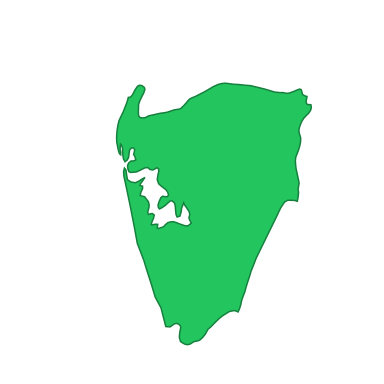 outline of Ndougou, Ogooué-Maritime, Gabon, rotated 26°
{"feature_id": "22940354B74005862204828", "entity_name": "Ndougou", "entity_type": "district", "adm_level": 2, "iso_a3": "GAB", "parent_name": "Gabon", "parent_adm1": "Ogooué-Maritime", "projection": "equal_earth", "projection_center": [10.09, -2.451], "detail": "fine", "context": "isolated", "style": "filled", "palette": "green", "viewbox_px": 384, "rotation_deg": 26, "n_neighbors": 0, "source": "geoboundaries", "source_scale": "gbopen_adm2", "svg_char_len": 3679}
<svg xmlns="http://www.w3.org/2000/svg" viewBox="0 0 384 384"><g transform="rotate(26 192 192)"><path d="M286.0,279.6L285.9,276.2L285.3,272.0L284.3,268.3L283.7,264.1L283.3,258.9L282.3,253.8L281.5,248.5L280.7,242.5L279.8,237.3L279.3,230.1L278.7,223.1L278.7,213.0L278.8,180.5L278.8,175.6L278.7,172.7L278.7,167.4L279.2,163.3L279.7,160.3L281.7,157.4L284.1,156.3L287.9,154.6L290.0,154.3L290.7,154.1L289.9,151.1L289.1,148.6L287.9,145.6L286.3,143.3L285.4,140.6L284.4,137.1L281.9,133.8L275.1,125.1L272.9,121.6L271.1,118.4L270.0,115.1L269.6,110.4L269.3,107.2L268.6,103.1L267.7,99.7L266.3,96.3L265.0,94.6L263.2,92.8L261.2,90.1L260.3,87.3L259.9,83.8L259.7,80.6L260.1,76.7L261.2,73.1L262.2,70.5L262.8,66.7L262.3,63.9L260.7,61.5L259.1,62.0L257.7,62.7L256.4,62.5L254.9,60.8L253.5,55.7L251.8,56.1L248.6,55.9L247.1,54.1L245.3,52.1L243.6,52.3L241.5,54.5L239.2,57.2L238.4,58.0L236.2,60.3L233.7,61.9L230.3,62.7L227.7,64.0L222.7,65.9L212.2,67.6L198.1,70.7L193.3,72.6L186.9,74.9L182.5,76.8L174.2,79.6L171.0,81.6L168.3,83.9L165.0,87.9L159.7,95.9L153.2,104.6L150.3,107.8L148.8,110.1L147.8,114.2L146.9,117.5L145.5,121.4L144.3,123.0L140.1,125.9L134.8,131.1L131.5,133.5L129.3,134.9L127.0,136.7L124.9,138.4L122.0,140.7L119.7,142.5L118.9,143.6L117.4,145.7L114.7,147.3L112.5,147.8L110.7,147.0L109.5,145.1L108.5,143.2L107.1,139.9L105.6,136.7L105.1,132.6L105.1,127.9L105.2,124.1L104.7,120.4L103.3,118.9L100.3,118.3L97.8,119.2L96.7,120.8L96.0,125.3L96.0,127.8L95.8,131.7L94.8,134.1L93.3,134.8L94.2,139.8L95.0,149.5L95.1,159.9L96.2,164.7L97.5,169.0L99.2,173.4L100.5,176.4L102.7,180.5L104.2,182.4L106.2,185.1L107.8,187.1L110.0,189.4L111.6,189.8L110.6,187.8L108.8,185.4L107.4,182.2L106.7,180.3L108.1,180.8L110.3,183.0L112.1,186.6L113.8,189.3L115.6,192.0L118.5,194.2L119.7,191.9L119.9,189.0L118.9,186.0L117.5,181.7L118.2,179.0L120.2,178.1L121.9,179.1L122.7,181.8L123.0,183.8L125.0,185.1L127.4,187.6L126.3,189.4L123.6,190.9L122.3,193.8L122.5,196.4L123.8,198.8L126.2,201.3L128.1,201.4L133.2,198.4L135.7,195.4L138.9,191.1L141.6,189.4L144.4,190.2L147.1,189.4L148.5,187.6L149.8,185.6L151.8,185.8L153.1,188.1L154.0,192.0L155.4,196.2L158.4,199.2L161.8,200.2L164.2,200.7L167.7,201.4L170.1,202.7L172.2,205.0L172.0,206.9L170.2,207.9L167.4,208.7L166.5,210.7L166.6,214.5L167.1,218.4L168.5,220.6L170.1,221.5L171.3,220.1L173.8,216.0L174.9,213.1L176.3,209.7L178.0,208.7L181.0,209.5L183.2,212.1L185.1,215.4L187.5,219.2L189.6,221.0L191.7,219.0L191.1,215.2L189.7,210.8L189.3,205.4L191.2,207.0L195.4,209.3L198.1,211.0L199.9,213.2L200.5,216.5L201.8,217.9L205.0,220.3L203.3,224.0L201.5,225.1L199.2,225.6L194.9,226.1L191.0,226.4L188.0,226.9L185.6,228.4L183.7,230.2L182.5,232.8L181.7,235.7L179.3,238.0L177.7,239.6L176.5,239.5L175.4,236.1L173.2,237.0L170.4,239.2L169.6,239.0L169.1,236.1L168.9,232.5L168.2,229.3L166.0,228.7L165.2,229.0L162.7,231.2L161.2,229.9L160.7,227.8L160.1,224.7L159.1,222.2L157.0,219.8L154.4,218.5L151.4,217.0L149.7,217.4L147.0,217.9L146.2,214.9L146.1,210.6L145.0,208.4L142.4,209.0L142.0,207.4L142.6,204.6L143.3,199.5L140.9,203.1L139.3,205.8L137.0,208.5L132.6,209.8L128.6,209.2L126.0,205.6L123.0,201.1L120.8,200.1L121.5,203.5L123.9,207.7L130.3,215.8L142.4,231.4L155.9,249.3L165.4,262.2L178.7,274.6L184.9,281.3L196.6,293.5L205.0,302.6L214.9,309.7L227.4,324.4L229.7,323.6L231.6,322.7L232.7,320.5L234.0,318.2L235.9,316.8L237.9,316.6L240.1,317.3L241.3,318.7L242.2,322.5L243.8,327.0L244.8,328.8L247.2,331.4L248.8,331.7L252.3,331.9L254.8,331.3L257.0,329.5L258.3,327.3L259.4,325.6L261.0,324.4L263.0,322.8L264.1,321.3L265.3,318.2L266.3,313.9L266.5,308.5L268.1,304.8L269.9,299.3L271.9,293.8L273.7,289.9L275.9,286.4L277.9,283.2L279.9,281.5L282.5,279.8L286.0,279.6Z" fill="#22c55e" stroke="#15803d" stroke-width="1.5"/></g></svg>